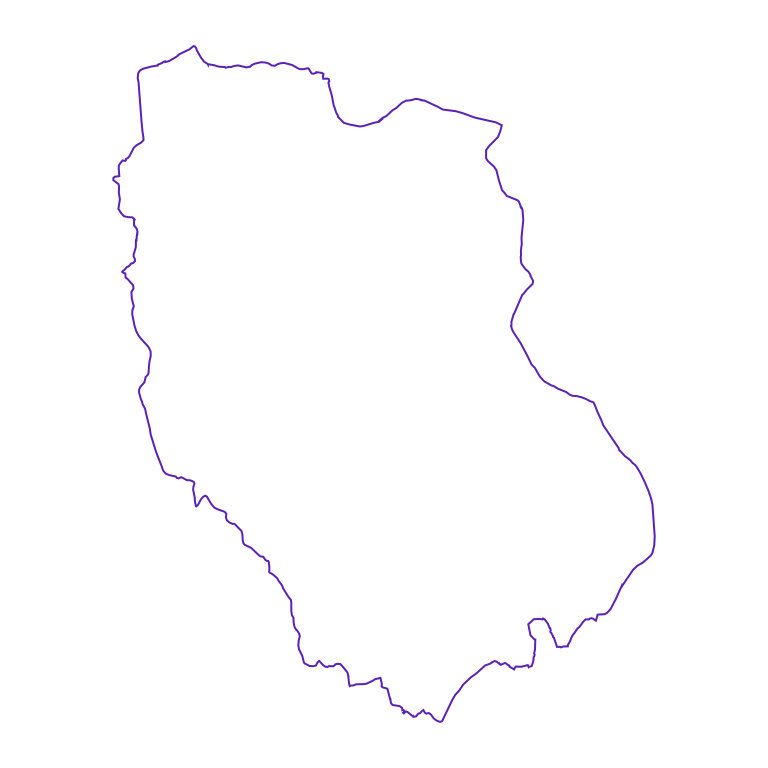 Rungwe, Mbeya, United Republic of Tanzania (Equal Earth projection)
{"feature_id": "72390352B86695961679763", "entity_name": "Rungwe", "entity_type": "district", "adm_level": 2, "iso_a3": "TZA", "parent_name": "United Republic of Tanzania", "parent_adm1": "Mbeya", "projection": "equal_earth", "projection_center": [33.663, -9.236], "detail": "fine", "context": "isolated", "style": "outline", "palette": "violet", "viewbox_px": 768, "rotation_deg": 0, "n_neighbors": 0, "source": "geoboundaries", "source_scale": "gbopen_adm2", "svg_char_len": 6044}
<svg xmlns="http://www.w3.org/2000/svg" viewBox="0 0 768 768"><path d="M642.8,562.6L650.9,555.5L652.4,552.9L654.3,545.1L654.7,536.2L652.4,504.0L650.7,497.3L648.3,490.4L644.3,481.1L640.5,473.3L636.4,466.4L635.1,464.9L632.5,462.9L630.2,460.1L624.9,456.1L620.2,450.9L619.5,450.7L618.5,447.9L603.4,425.5L601.0,419.4L597.3,411.5L594.7,404.7L593.4,402.3L590.3,401.3L585.6,398.8L581.1,397.1L576.6,396.1L572.0,395.7L569.4,394.5L566.4,392.1L558.1,388.8L553.8,386.1L551.5,385.5L544.3,381.4L539.9,376.6L534.9,367.9L531.6,364.6L527.3,355.7L520.6,343.1L513.4,332.1L512.1,329.5L511.1,326.2L511.4,326.2L511.5,321.6L513.6,314.3L514.0,314.0L522.4,294.6L523.2,294.2L526.7,289.7L532.7,283.8L533.1,280.8L530.5,276.0L530.6,275.6L529.8,273.8L528.4,271.7L525.1,268.8L521.4,263.6L520.9,260.4L520.7,256.6L521.0,255.8L520.9,251.0L521.5,245.5L521.8,244.8L521.5,237.6L523.3,220.0L522.5,210.3L521.8,207.9L520.9,206.8L520.7,207.0L520.3,205.1L518.8,201.5L517.4,200.2L506.7,195.9L504.9,193.3L502.1,190.2L498.9,180.3L496.4,170.2L494.0,166.6L487.8,161.0L486.1,158.2L486.1,150.2L488.8,146.4L498.0,137.0L500.1,131.7L501.8,125.2L495.8,122.3L474.8,117.6L462.0,112.9L455.7,111.2L442.6,109.5L438.1,106.9L424.7,100.7L421.3,100.2L421.4,99.9L417.7,99.1L415.5,99.0L410.5,100.3L406.0,100.7L401.9,102.8L396.2,108.1L392.7,110.1L386.3,116.1L383.0,117.6L380.3,119.9L381.2,119.9L379.0,121.8L374.2,122.7L363.5,126.0L360.0,126.5L350.4,124.7L344.0,122.9L338.0,116.9L338.3,116.3L336.5,113.3L333.6,104.9L331.7,94.9L329.3,87.0L328.4,82.6L329.1,81.5L329.2,81.9L329.3,81.1L328.6,79.0L326.9,78.6L323.3,78.8L322.8,76.2L323.6,74.1L321.9,72.9L316.6,72.2L316.7,72.6L313.6,73.7L312.2,73.7L311.3,72.9L308.6,68.6L308.0,68.2L304.0,69.1L300.3,69.2L298.6,68.7L292.2,65.0L284.1,62.9L280.3,63.3L277.3,64.3L274.9,65.8L271.8,65.5L268.9,63.6L265.3,62.5L261.1,62.2L254.7,63.7L251.6,65.2L250.2,66.6L246.4,67.4L237.9,65.4L233.6,66.1L231.0,67.1L229.4,66.9L225.5,67.7L225.0,67.1L218.5,66.6L214.0,65.2L208.2,64.2L208.1,64.8L207.7,64.0L204.1,61.6L201.1,57.8L196.7,50.1L196.3,48.4L194.9,46.4L193.5,46.1L189.4,49.4L179.9,53.9L176.2,56.9L168.8,61.2L165.3,62.0L165.1,61.4L163.5,61.9L161.9,63.1L157.7,64.7L157.7,65.5L151.1,66.6L143.1,68.7L139.9,70.5L138.2,73.4L137.7,78.3L138.5,81.8L141.5,121.1L142.5,131.5L143.4,137.5L143.5,140.1L141.3,142.5L136.9,145.0L133.8,147.7L129.6,155.9L127.9,158.0L126.1,158.8L126.1,159.8L125.3,160.9L122.6,160.4L119.9,163.8L118.8,165.5L118.8,169.5L119.3,176.1L114.6,176.8L113.4,178.0L113.3,180.1L118.5,184.1L119.1,186.5L118.8,192.7L119.9,199.1L118.4,208.9L121.3,213.4L124.1,216.3L128.6,217.2L132.0,217.3L133.9,218.5L134.4,219.3L134.1,219.3L134.0,225.2L136.8,228.9L137.5,231.6L137.3,233.9L137.1,233.7L136.8,235.6L136.5,240.3L136.0,240.1L135.9,240.5L135.8,247.3L133.6,254.7L133.7,256.4L134.9,259.2L135.0,261.2L132.9,263.3L131.0,263.5L129.8,265.3L128.1,266.7L126.8,267.1L124.3,270.1L123.2,270.6L122.2,271.9L123.8,273.0L125.3,273.4L125.7,277.8L127.4,278.8L133.1,285.2L133.5,288.6L131.4,292.0L131.8,298.5L133.8,306.3L132.3,310.6L132.3,314.8L134.5,325.6L136.1,330.9L138.4,335.3L140.8,338.5L148.5,347.0L150.6,351.4L150.7,356.1L149.6,360.8L148.9,366.7L148.6,372.5L148.1,374.5L145.6,377.1L144.4,382.4L140.2,387.1L139.1,389.7L139.1,392.6L141.0,399.5L142.1,401.8L142.6,404.2L145.1,408.8L146.1,413.7L149.8,428.5L150.8,435.0L156.2,452.2L161.9,466.9L162.6,469.2L163.3,470.8L165.8,473.7L169.2,475.1L175.7,476.5L176.8,477.9L178.6,478.4L181.0,477.2L183.1,478.0L186.7,480.1L190.1,480.3L192.5,481.2L194.1,482.3L194.4,484.0L193.5,486.3L193.1,489.7L194.6,496.8L195.0,501.6L195.8,505.9L196.2,506.4L197.9,505.1L200.7,499.8L203.0,496.9L204.4,496.1L205.7,495.8L207.0,496.8L211.2,503.9L214.3,507.6L217.2,509.1L224.6,511.8L226.3,513.7L225.9,517.3L226.9,520.3L229.3,522.4L232.4,523.8L234.5,523.9L241.5,531.0L242.4,534.5L242.8,540.8L243.5,543.3L244.7,544.8L251.2,547.9L258.7,555.1L260.4,556.3L263.3,556.8L264.7,558.8L265.0,559.6L266.8,560.9L268.2,561.0L268.8,562.1L269.3,566.8L269.4,570.4L269.1,571.9L269.9,572.8L272.8,574.4L277.2,578.2L278.7,581.1L281.2,584.2L282.6,586.6L282.9,588.0L288.5,597.0L290.8,599.7L291.3,602.4L291.3,610.9L291.9,615.1L293.4,617.7L293.7,623.1L294.6,627.1L296.0,629.5L297.1,630.5L299.2,633.6L299.8,636.3L298.7,640.7L298.3,645.4L299.0,649.3L302.3,655.9L303.8,662.1L304.6,663.4L309.6,666.0L313.6,666.2L316.0,665.4L317.7,662.2L319.2,660.9L323.2,665.2L325.2,666.6L327.6,667.0L328.9,666.1L333.0,666.3L334.3,665.6L335.4,664.3L337.0,663.9L340.2,664.0L342.3,666.1L347.4,672.4L348.4,675.9L348.2,675.9L349.2,684.5L349.8,686.1L350.7,685.6L353.5,685.4L356.1,684.3L364.3,684.1L366.7,683.6L373.1,680.6L374.8,679.3L380.4,677.9L381.9,684.1L381.5,686.0L382.5,687.3L387.4,688.7L390.1,699.2L390.4,699.1L391.0,703.3L392.7,705.0L399.6,706.1L402.1,708.0L402.3,710.2L403.1,709.9L403.8,710.2L404.0,710.8L404.2,712.3L403.2,712.8L403.8,713.4L405.9,711.4L407.5,712.0L412.2,715.8L412.9,715.8L413.3,716.8L416.1,716.4L418.1,713.7L420.1,713.2L422.0,711.0L423.4,710.0L424.7,712.5L426.4,713.7L428.6,713.0L431.0,714.5L433.0,717.5L434.8,719.4L437.7,721.1L440.2,721.9L442.1,721.2L452.2,700.1L455.3,694.8L459.3,690.4L463.2,684.6L470.7,677.5L477.1,672.8L485.1,665.5L489.8,663.8L491.9,662.6L491.9,662.3L494.6,661.1L496.6,661.6L499.5,663.9L499.6,663.6L500.8,664.8L504.9,663.0L506.3,663.6L507.7,664.8L509.4,665.6L509.6,666.7L514.2,669.4L514.9,667.7L515.8,666.6L521.5,666.7L527.8,665.1L528.7,667.2L529.1,666.8L531.6,666.2L533.3,661.3L533.6,657.2L534.4,656.0L534.6,654.5L534.1,653.6L535.0,649.7L535.3,639.7L534.9,639.8L530.5,635.4L528.3,624.2L533.9,619.2L539.0,618.9L542.6,619.4L543.1,618.5L544.7,619.4L547.9,623.7L549.7,628.2L550.3,628.3L550.7,630.6L550.3,631.7L550.6,632.4L551.5,633.2L552.0,634.5L552.9,635.8L553.1,637.0L553.9,637.6L557.0,646.9L559.5,646.8L561.1,647.4L563.1,646.5L567.8,646.4L567.9,645.0L570.5,640.4L570.9,638.7L572.9,634.8L574.2,633.4L577.3,628.7L579.4,627.0L583.1,621.9L585.2,619.8L585.9,619.3L588.8,619.5L589.8,618.6L591.5,618.2L593.2,618.8L595.9,620.7L597.7,614.6L604.6,614.2L607.0,612.9L610.5,609.2L615.8,599.1L621.9,585.5L622.1,586.0L633.2,569.6L637.4,565.7L642.8,562.6Z" fill="none" stroke="#5b21b6" stroke-width="2"/></svg>